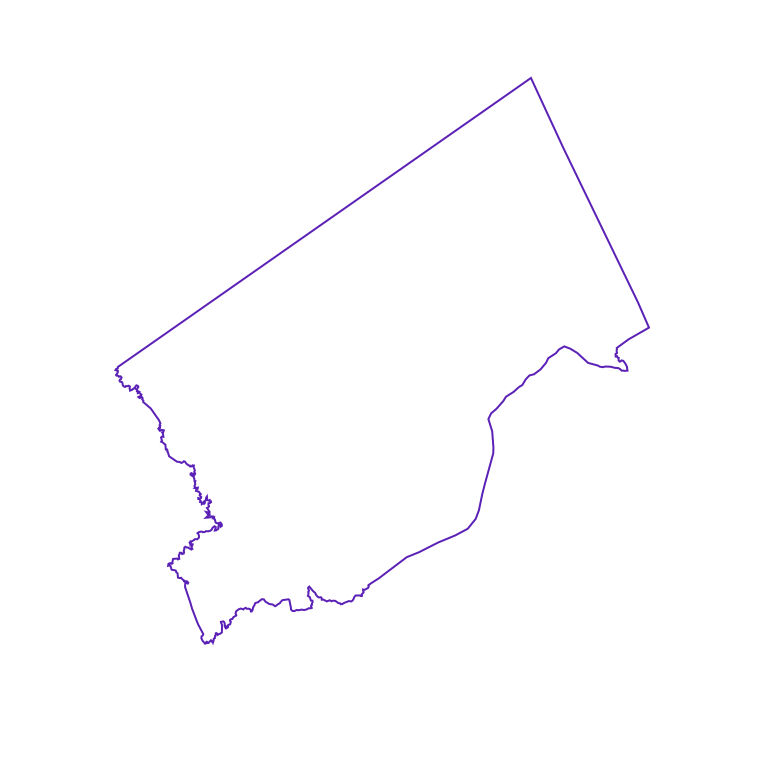 outline of Pegunungan Bintang, Papua, Indonesia, rotated 235°
{"feature_id": "22746128B40289792856685", "entity_name": "Pegunungan Bintang", "entity_type": "district", "adm_level": 2, "iso_a3": "IDN", "parent_name": "Indonesia", "parent_adm1": "Papua", "projection": "natural_earth1", "projection_center": [140.263, -4.495], "detail": "fine", "context": "isolated", "style": "outline", "palette": "violet", "viewbox_px": 768, "rotation_deg": 235, "n_neighbors": 0, "source": "geoboundaries", "source_scale": "gbopen_adm2", "svg_char_len": 6141}
<svg xmlns="http://www.w3.org/2000/svg" viewBox="0 0 768 768"><g transform="rotate(235 384 384)"><path d="M550.4,679.9L550.6,175.7L549.4,174.8L549.9,173.1L549.4,172.0L547.2,173.5L546.1,172.4L545.1,169.7L544.2,169.7L543.6,170.7L542.8,171.2L542.0,171.0L541.4,172.6L539.9,172.8L538.9,171.3L539.1,170.3L538.4,169.2L537.1,169.2L536.3,170.2L535.4,170.5L532.4,169.2L531.1,169.5L530.1,170.3L530.4,171.3L529.6,172.1L529.0,173.9L527.6,174.4L526.6,173.2L524.2,172.2L524.1,173.3L523.7,174.0L524.0,174.9L523.8,175.7L524.0,176.4L523.1,177.5L524.3,178.4L524.9,180.4L523.9,181.2L522.4,181.1L521.4,178.1L520.5,178.2L519.8,177.5L519.1,178.5L518.2,178.9L518.5,177.6L517.7,177.1L517.3,178.4L514.4,179.2L513.9,178.3L514.2,175.3L512.6,175.8L512.3,178.1L510.9,178.2L510.1,177.1L508.5,177.4L507.4,176.4L497.8,178.9L483.1,178.9L479.9,178.2L479.6,177.2L478.8,176.5L478.2,176.8L477.7,176.0L476.7,175.5L477.2,174.6L476.8,173.5L475.2,173.5L475.6,174.2L474.1,174.0L473.7,175.8L472.3,177.1L471.2,175.6L471.5,174.5L470.3,174.5L467.3,173.0L468.1,172.3L468.3,171.6L468.0,170.6L466.9,170.5L465.9,169.8L465.2,169.8L464.5,168.4L463.8,169.0L459.6,170.1L455.5,167.7L455.0,168.7L453.8,168.6L452.9,167.7L451.9,167.8L448.0,166.5L439.2,169.8L437.1,172.0L435.6,172.7L435.3,174.2L435.5,175.7L434.7,176.4L432.0,176.4L429.3,177.3L428.5,178.2L427.6,177.9L426.9,179.1L427.2,180.5L426.3,181.5L425.6,180.5L421.7,179.5L421.1,178.4L418.7,177.8L418.1,176.2L419.7,176.2L419.6,175.2L421.3,175.3L421.6,174.3L420.7,173.5L417.2,174.8L415.5,174.4L413.2,173.1L412.6,173.7L412.0,172.8L410.1,171.9L409.3,170.3L408.4,170.0L407.5,170.3L407.4,169.3L406.4,170.3L405.9,172.0L405.1,171.3L405.0,169.4L404.3,168.7L402.0,170.5L399.0,170.7L399.2,169.8L398.5,169.1L396.3,169.5L395.6,168.7L396.1,167.3L397.1,166.4L396.3,165.9L395.5,166.7L393.7,166.8L392.9,165.7L392.0,166.8L390.1,165.8L390.1,167.1L389.2,167.6L389.0,168.4L389.6,169.2L390.4,168.5L391.0,169.2L390.9,171.1L393.0,173.3L393.4,174.4L391.7,173.4L390.9,172.2L389.1,173.5L389.0,174.6L387.7,174.1L387.2,174.9L386.3,174.4L386.4,173.0L387.0,171.9L385.9,170.9L384.2,170.6L383.8,169.4L384.0,167.9L379.2,167.8L377.9,166.6L380.0,166.0L381.2,164.9L378.0,165.0L376.7,165.8L376.9,163.1L376.6,161.4L374.4,165.2L374.4,166.6L373.7,167.8L372.5,166.9L372.3,168.4L371.1,167.4L370.2,167.8L367.0,166.6L365.3,167.6L364.4,170.5L362.4,170.7L360.8,169.9L360.8,168.3L362.6,169.1L363.3,168.0L362.3,166.6L360.4,165.2L360.4,162.6L361.0,161.4L363.2,164.1L364.7,163.6L364.6,161.4L363.4,158.8L363.5,157.2L364.0,155.8L365.6,153.6L365.6,152.3L366.5,150.6L367.8,149.9L368.8,147.7L368.8,145.7L367.4,145.9L365.6,145.3L364.3,144.3L363.9,142.0L365.4,140.1L365.2,138.3L365.4,136.3L365.0,135.0L366.0,135.0L365.5,133.7L364.3,133.7L363.2,133.1L363.4,134.2L362.4,135.3L360.5,132.5L358.8,132.4L358.9,131.2L362.5,129.6L363.2,128.6L364.6,128.0L364.5,126.6L363.3,125.8L362.3,124.3L360.8,123.7L360.0,122.7L360.5,121.1L361.8,121.4L362.9,119.9L362.0,119.1L361.4,117.7L358.2,116.0L358.5,114.6L359.6,114.5L361.7,110.9L359.4,108.4L358.5,108.1L358.4,107.0L360.0,106.1L360.3,104.3L358.9,102.9L358.4,104.5L357.1,104.6L353.7,103.5L351.0,106.2L350.1,106.4L349.3,105.9L347.3,106.3L343.6,104.2L342.2,105.3L341.6,106.7L340.2,106.7L337.7,107.5L337.0,107.0L336.3,107.3L336.1,108.7L335.4,109.4L333.5,109.7L333.1,108.8L334.1,108.4L334.7,107.6L334.4,106.6L331.8,104.6L315.8,99.9L310.0,97.9L297.3,94.7L293.3,93.8L283.3,92.6L282.5,92.2L282.0,91.3L281.9,89.8L280.4,88.5L277.4,88.1L274.0,88.5L274.6,90.9L274.3,91.1L273.3,90.3L272.5,91.8L273.1,93.4L273.0,94.4L273.3,95.3L272.4,95.5L271.7,95.2L271.2,95.8L270.3,95.6L271.8,97.5L272.9,98.3L272.9,99.8L273.6,100.1L274.0,101.0L274.6,101.2L275.1,102.4L276.3,103.2L276.2,103.7L275.7,104.0L274.9,104.2L274.2,103.7L273.8,103.8L274.1,104.7L273.4,106.6L273.5,108.7L279.6,113.2L281.4,113.4L282.7,114.0L281.7,116.2L280.8,116.5L279.5,116.3L278.0,115.3L276.9,115.3L275.8,115.9L275.7,115.5L276.3,114.5L274.5,114.2L274.3,114.4L274.3,116.8L274.6,117.1L275.3,117.1L276.0,118.2L275.4,120.1L277.0,122.1L278.5,122.0L279.0,122.5L279.1,123.6L278.5,124.9L279.4,127.0L279.1,130.2L279.5,130.5L281.1,130.7L282.6,132.5L282.8,135.5L282.4,137.3L282.1,138.0L280.0,139.5L280.2,140.4L280.0,142.3L278.4,142.8L277.5,144.4L276.3,145.1L275.5,145.2L274.0,144.5L273.6,145.1L273.9,146.2L276.1,148.7L277.2,151.1L278.3,152.7L278.2,153.6L277.5,155.5L277.8,160.4L276.6,162.0L273.6,162.1L269.7,163.8L267.0,166.5L264.8,167.1L264.3,167.6L264.4,170.5L264.2,173.0L264.7,174.0L265.2,176.8L262.4,182.3L261.4,182.6L254.1,179.4L252.6,178.5L250.7,178.8L249.4,180.3L249.0,182.9L247.8,184.0L246.5,187.0L244.6,189.0L243.7,191.4L243.5,193.6L242.1,195.7L242.0,196.4L243.9,196.8L244.4,197.3L244.4,198.3L245.5,199.0L246.2,200.4L247.5,201.1L248.6,199.9L251.9,201.0L254.1,200.1L254.5,200.8L255.9,202.2L257.1,202.6L257.2,203.2L257.9,204.1L260.4,204.7L260.7,205.1L260.9,206.6L255.0,207.1L252.5,207.8L250.4,207.4L247.9,207.6L246.4,208.3L245.5,210.0L244.7,210.2L243.0,209.3L242.3,210.6L238.7,212.5L238.0,215.5L236.2,216.3L235.9,217.7L234.3,219.7L230.9,220.9L229.0,222.5L228.4,222.3L227.7,223.5L227.5,226.0L226.3,230.8L224.7,232.4L224.6,233.9L225.6,236.2L226.5,237.3L227.0,239.6L224.4,243.2L223.6,243.4L223.0,244.1L223.3,244.6L224.6,245.3L224.9,247.5L225.3,248.0L226.7,248.3L227.7,249.0L226.5,250.0L226.1,253.9L226.7,255.2L228.0,255.6L228.3,256.3L228.0,257.2L228.2,257.8L227.8,268.1L229.1,303.3L226.1,316.3L223.1,337.5L219.1,355.5L217.4,369.6L220.9,381.7L226.1,389.3L237.4,401.3L244.2,409.2L264.5,433.7L269.2,437.2L283.2,445.5L295.4,449.4L298.5,454.9L299.2,462.0L301.6,471.9L303.6,476.6L303.2,485.7L304.1,492.9L303.8,496.7L306.5,502.7L307.6,508.1L305.9,512.5L306.2,520.7L308.4,528.9L310.9,533.3L310.6,542.4L311.9,547.2L311.4,553.2L306.0,556.9L298.6,560.1L284.2,563.3L276.3,569.9L274.6,570.6L273.6,571.5L272.3,572.9L271.3,575.4L268.1,579.6L264.9,582.3L262.7,585.0L260.9,585.9L258.7,586.3L257.9,587.5L256.9,588.4L255.3,591.1L258.8,592.9L262.3,593.4L265.7,593.3L267.1,592.1L266.8,590.5L267.1,589.9L268.9,589.7L270.7,591.2L271.4,590.6L273.1,590.8L273.3,589.7L273.6,589.5L275.8,590.9L275.7,592.6L278.0,593.7L278.6,594.6L280.0,595.3L280.3,610.1L278.2,633.4L304.9,638.8L475.2,666.4L550.4,679.9Z" fill="none" stroke="#5b21b6" stroke-width="2"/></g></svg>